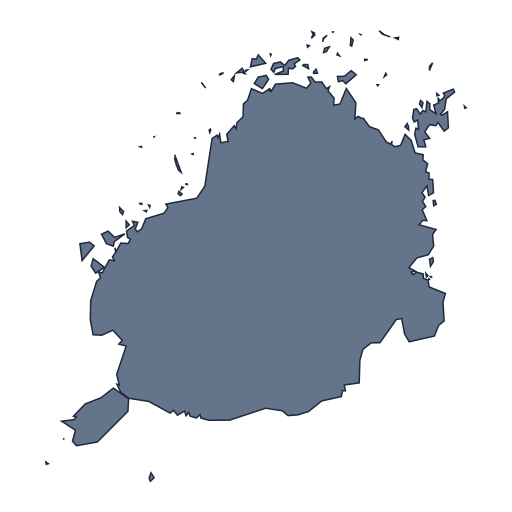 outline of Bohol, Bohol, Philippines
{"feature_id": "2640588B19040020708567", "entity_name": "Bohol", "entity_type": "district", "adm_level": 2, "iso_a3": "PHL", "parent_name": "Philippines", "parent_adm1": "Bohol", "projection": "equal_earth", "projection_center": [124.147, 9.869], "detail": "fine", "context": "isolated", "style": "filled", "palette": "slate", "viewbox_px": 512, "rotation_deg": 0, "n_neighbors": 0, "source": "geoboundaries", "source_scale": "gbopen_adm2", "svg_char_len": 5951}
<svg xmlns="http://www.w3.org/2000/svg" viewBox="0 0 512 512"><path d="M369.5,126.7L363.3,118.2L363.1,118.2L362.8,118.5L362.0,118.4L357.9,116.4L354.8,119.1L355.9,102.8L346.3,88.5L340.0,104.0L333.6,105.2L334.1,98.2L328.0,90.9L329.5,86.7L326.4,88.7L321.7,81.9L315.1,82.1L311.3,77.0L307.9,77.2L310.8,83.1L306.5,88.2L292.7,82.8L275.4,84.1L271.2,91.3L269.4,88.0L269.8,91.7L268.7,89.3L262.6,93.4L251.4,88.7L247.6,100.2L243.4,103.9L243.1,116.6L236.9,122.8L236.0,128.7L234.2,125.7L226.8,134.3L228.0,141.5L220.8,142.7L219.6,134.1L218.1,137.7L217.0,135.2L212.1,138.5L204.8,186.2L196.8,198.2L165.9,204.1L167.9,207.5L164.1,213.2L145.8,218.7L141.6,228.9L137.2,231.8L135.3,228.9L137.8,222.2L132.5,221.3L134.4,225.5L126.6,231.0L127.5,237.4L130.4,239.2L128.2,243.5L120.8,243.1L116.1,251.6L114.9,247.7L115.7,252.2L112.5,256.8L114.2,260.7L109.3,259.9L102.1,273.1L98.4,271.7L100.6,277.8L96.7,281.3L90.7,300.6L90.3,319.7L93.1,334.8L101.9,335.2L112.8,330.2L122.3,340.5L118.8,344.1L126.2,346.0L116.7,374.4L119.3,385.1L116.9,384.2L120.9,392.4L128.7,398.3L148.7,401.4L170.1,413.1L173.6,410.4L177.4,415.2L184.6,411.1L186.1,415.7L188.7,412.5L190.2,416.2L196.3,418.0L200.0,414.8L201.1,418.2L209.1,420.3L229.8,420.1L265.7,408.2L282.3,410.8L288.0,415.6L297.8,414.9L308.4,411.6L321.8,400.9L341.3,396.6L342.6,390.6L345.4,390.8L344.3,385.0L359.2,382.9L359.9,360.1L363.0,349.2L371.2,342.9L380.0,342.7L396.3,319.5L401.7,318.6L404.6,334.0L409.2,341.8L434.4,336.0L438.6,325.4L444.1,321.0L443.0,302.0L445.4,293.5L429.1,286.9L428.1,280.1L423.4,278.4L423.3,274.0L416.3,272.1L413.2,274.8L411.1,272.2L415.2,271.1L408.9,267.6L416.9,257.9L428.2,254.8L433.7,246.0L432.5,234.5L436.1,229.5L419.1,224.8L422.8,220.3L426.9,220.7L422.2,209.7L425.8,206.5L422.4,201.3L425.1,197.3L422.0,192.6L427.0,185.9L428.6,195.5L433.5,192.8L432.7,179.5L428.9,179.3L429.1,173.0L425.5,171.8L427.7,163.8L422.9,159.9L423.2,154.7L415.1,152.9L411.2,140.4L405.1,134.3L400.7,145.3L394.8,146.7L391.4,144.4L392.2,141.1L390.5,144.1L386.3,141.9L378.3,129.8L369.5,126.7ZM113.4,388.1L100.9,397.8L85.1,404.0L73.5,416.2L76.4,417.0L73.9,419.6L61.6,421.2L75.4,430.2L72.5,441.2L76.5,445.7L97.3,442.0L127.9,411.3L128.6,398.8L113.4,388.1ZM453.3,89.1L443.3,93.1L444.8,95.9L442.4,99.1L439.6,100.6L438.0,97.6L438.6,102.9L433.7,105.1L436.0,113.8L429.6,109.5L429.9,103.9L427.0,101.4L425.8,111.8L422.9,110.5L420.4,114.2L416.5,108.7L413.8,109.5L412.5,118.1L414.2,122.0L417.7,120.0L418.5,129.2L416.0,128.2L414.6,134.1L418.1,146.8L425.8,146.8L423.8,139.8L429.6,138.4L424.7,131.8L429.6,124.7L435.8,125.7L438.1,122.6L444.1,131.2L448.4,127.8L447.5,111.8L442.8,114.7L441.4,115.0L440.4,114.4L444.6,109.4L446.2,98.9L454.6,92.1L453.3,89.1ZM297.8,57.7L288.8,60.2L284.7,65.5L280.4,61.9L273.6,63.4L271.0,69.3L273.8,72.3L275.4,68.5L283.0,66.6L283.4,71.0L274.7,74.4L288.1,74.3L288.5,68.1L292.6,68.9L295.6,66.4L294.1,63.9L299.9,60.0L297.8,57.7ZM89.6,242.2L79.9,243.7L82.1,260.6L94.2,245.9L89.6,242.2ZM101.5,234.2L106.5,243.7L113.3,246.2L114.4,241.5L125.0,233.8L114.6,237.3L108.1,231.1L101.5,234.2ZM93.2,258.7L91.1,266.1L95.7,273.2L104.4,267.3L93.2,258.7ZM351.2,70.6L344.4,76.3L337.4,76.4L338.4,81.8L342.8,80.6L345.8,83.8L356.2,74.8L351.2,70.6ZM258.3,54.9L256.3,59.1L252.2,58.7L250.4,66.9L265.7,63.3L258.3,54.9ZM266.2,75.4L258.2,77.1L254.3,83.6L262.4,88.6L268.6,79.4L266.2,75.4ZM151.0,472.8L149.1,478.1L150.3,481.3L154.1,477.7L151.0,472.8ZM432.8,257.7L429.5,259.2L430.5,266.3L433.3,261.8L432.8,257.7ZM242.1,68.3L236.5,72.9L244.5,72.0L242.1,68.3ZM307.7,64.5L303.5,64.6L302.7,65.5L308.6,68.7L307.7,64.5ZM329.3,46.8L324.6,48.3L323.5,52.5L326.4,51.6L329.3,46.8ZM181.2,172.4L174.7,154.8L175.8,159.4L174.4,157.8L176.4,165.1L178.7,170.5L181.2,172.4ZM351.0,37.7L350.3,45.4L351.7,46.1L353.2,40.1L351.0,37.7ZM129.3,224.8L126.1,221.1L126.2,227.7L129.3,224.8ZM407.2,123.5L404.9,126.7L408.7,130.0L408.5,126.5L407.2,123.5ZM436.3,204.2L434.9,200.3L433.2,200.5L433.7,205.8L436.3,204.2ZM420.5,100.5L419.5,104.0L421.9,107.4L423.0,102.7L420.5,100.5ZM316.0,69.2L313.5,72.0L313.6,73.4L317.5,73.3L316.0,69.2ZM233.4,81.6L234.4,75.8L231.2,79.7L233.4,81.6ZM119.6,207.5L119.8,211.5L122.4,214.6L123.6,211.5L119.6,207.5ZM182.1,194.0L178.8,191.4L178.1,193.7L180.4,195.7L182.1,194.0ZM205.7,88.1L201.9,82.9L201.3,82.5L205.7,88.1ZM429.4,70.5L432.6,62.8L429.5,66.4L429.4,70.5ZM398.6,37.3L395.0,37.9L398.3,39.5L398.6,37.3ZM339.5,55.9L337.5,53.2L337.0,54.9L339.5,55.9ZM48.3,463.7L45.8,462.0L46.3,464.3L48.3,463.7ZM379.2,30.7L382.3,34.1L390.2,36.9L384.2,34.6L379.2,30.7ZM427.9,275.6L425.9,273.3L426.5,277.0L427.9,275.6ZM181.1,189.4L183.4,187.4L181.8,186.8L181.1,189.4ZM384.3,76.7L386.6,74.9L385.7,73.3L384.3,76.7ZM438.9,95.2L436.7,93.4L437.0,95.9L438.9,95.2ZM322.6,41.9L323.6,38.7L327.2,35.3L323.3,38.0L322.6,41.9ZM466.2,107.7L464.3,106.0L464.7,108.2L466.2,107.7ZM209.8,132.6L210.8,129.9L210.3,129.0L209.1,130.2L209.8,132.6ZM311.9,31.7L313.0,34.4L314.2,34.4L314.5,33.0L311.9,31.7ZM309.3,45.6L307.1,45.1L307.6,47.2L309.3,45.6ZM315.3,34.5L312.4,35.9L311.4,38.3L315.3,34.5ZM367.8,59.5L364.6,59.3L364.8,60.6L367.8,59.5ZM146.8,210.4L144.4,210.7L146.3,211.8L146.8,210.4ZM149.7,207.3L150.2,205.5L148.6,205.0L149.7,207.3ZM141.8,204.5L141.9,203.4L139.0,203.4L141.8,204.5ZM378.5,84.7L377.0,84.7L377.7,85.8L378.5,84.7ZM247.6,70.0L245.7,70.1L245.9,71.2L247.6,70.0ZM180.7,113.5L178.0,112.5L176.1,113.5L180.7,113.5ZM187.1,183.8L185.2,184.1L187.4,184.5L187.1,183.8ZM431.5,276.6L429.5,276.4L431.5,277.2L431.5,276.6ZM223.6,72.7L220.7,73.5L218.9,74.9L221.1,74.5L223.6,72.7ZM331.8,31.9L333.0,32.3L333.2,31.9L331.8,31.9ZM196.0,138.2L193.8,137.5L195.1,138.3L196.0,138.2ZM430.2,279.7L428.9,278.7L428.8,279.2L430.2,279.7ZM193.2,153.6L192.0,154.0L193.1,154.5L193.2,153.6ZM271.3,54.3L270.3,53.9L270.7,55.6L271.3,54.3ZM141.5,146.5L140.1,146.7L141.5,147.3L141.5,146.5ZM361.7,34.9L360.3,34.4L360.6,34.8L361.7,34.9ZM244.0,72.9L242.8,73.3L244.9,73.6L244.0,72.9ZM153.7,136.9L153.5,137.5L154.1,136.8L153.7,136.9ZM63.6,438.1L63.6,438.3L63.7,439.6L63.8,438.9L63.6,438.1Z" fill="#64748b" stroke="#1e293b" stroke-width="1.5"/></svg>